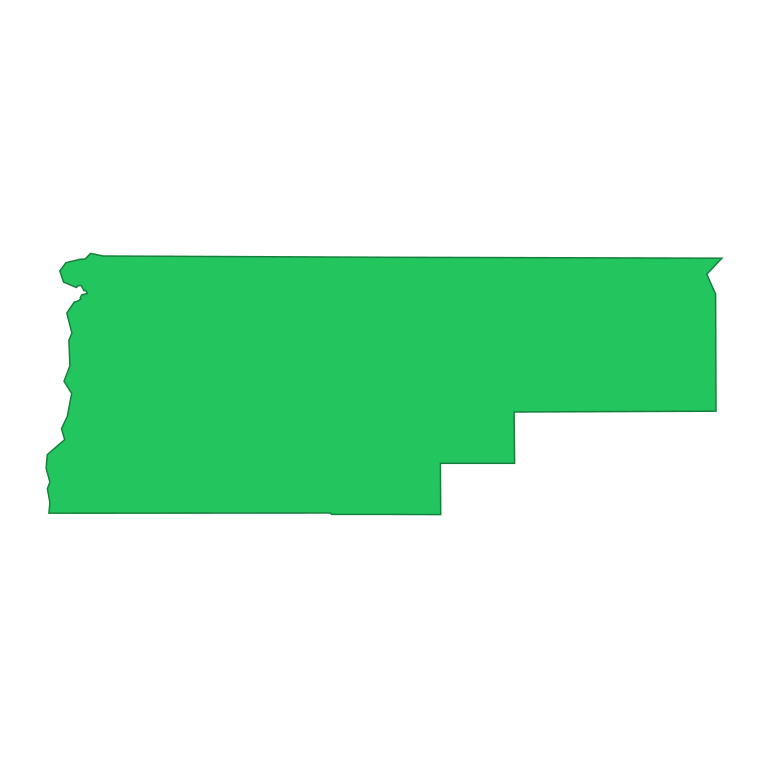 the district of Jefferson, Oregon, United States of America
{"feature_id": "52423323B2409087912317", "entity_name": "Jefferson", "entity_type": "district", "adm_level": 2, "iso_a3": "USA", "parent_name": "United States of America", "parent_adm1": "Oregon", "projection": "equal_earth", "projection_center": [-121.528, 44.61], "detail": "fine", "context": "isolated", "style": "filled", "palette": "green", "viewbox_px": 768, "rotation_deg": 0, "n_neighbors": 0, "source": "geoboundaries", "source_scale": "gbopen_adm2", "svg_char_len": 663}
<svg xmlns="http://www.w3.org/2000/svg" viewBox="0 0 768 768"><path d="M68.9,340.3L69.9,365.9L64.0,381.3L71.7,393.4L67.3,416.4L61.5,428.7L64.7,439.6L47.3,454.6L46.1,468.1L49.9,482.1L47.4,488.7L49.9,502.6L48.9,513.2L330.3,513.0L331.5,514.4L386.1,514.4L440.7,514.6L440.4,463.3L514.6,463.3L514.1,412.0L716.0,411.2L715.6,294.1L706.8,274.2L721.9,258.2L473.2,257.5L393.8,257.3L103.3,256.0L90.6,253.4L85.1,259.1L80.1,259.3L65.9,262.7L59.8,271.0L63.6,282.1L76.4,287.5L78.2,285.6L81.3,285.5L84.0,290.7L85.8,290.5L87.3,293.5L81.7,294.9L80.2,297.9L80.8,299.2L77.0,301.4L74.3,302.0L66.8,313.1L71.9,333.0L68.9,340.3Z" fill="#22c55e" stroke="#15803d" stroke-width="1.5"/></svg>